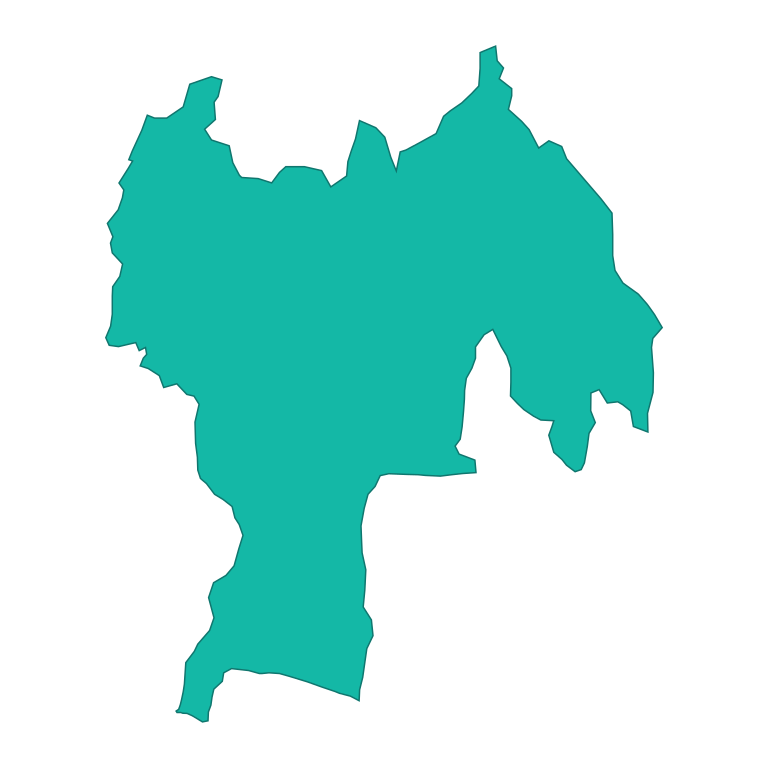 the district of Sotira Lemesou, Cyprus
{"feature_id": "46923920B57193585231981", "entity_name": "Sotira Lemesou", "entity_type": "district", "adm_level": 2, "iso_a3": "CYP", "parent_name": "Cyprus", "parent_adm1": "", "projection": "equal_earth", "projection_center": [32.841, 34.698], "detail": "fine", "context": "isolated", "style": "filled", "palette": "teal", "viewbox_px": 768, "rotation_deg": 0, "n_neighbors": 0, "source": "geoboundaries", "source_scale": "gbopen_adm2", "svg_char_len": 2996}
<svg xmlns="http://www.w3.org/2000/svg" viewBox="0 0 768 768"><path d="M176.1,711.1L177.0,712.5L179.9,712.5L180.8,712.5L182.7,713.2L187.1,713.4L192.2,715.7L202.5,721.9L208.0,720.8L208.4,712.0L210.9,705.1L212.0,697.2L213.8,689.2L222.3,681.3L223.7,672.8L231.5,668.6L248.6,670.5L259.3,673.5L262.1,673.5L269.0,672.8L279.5,673.5L289.0,676.2L307.3,681.8L322.1,687.1L335.1,691.5L339.5,693.3L350.3,696.1L359.1,700.7L359.3,697.0L359.6,689.8L362.7,677.4L366.8,648.6L373.0,635.7L371.4,619.9L363.2,607.0L364.8,590.1L365.8,569.8L362.1,552.8L361.6,541.5L361.0,525.9L364.2,508.3L368.0,494.3L375.1,486.4L380.2,475.6L388.8,473.7L406.9,474.4L418.3,474.7L425.4,475.4L440.4,476.1L451.7,474.7L462.7,473.5L476.0,472.6L474.9,460.1L459.1,454.1L455.1,446.1L460.2,439.2L462.1,426.9L463.5,411.7L464.4,399.3L464.6,390.5L466.3,378.3L471.9,368.2L475.5,358.2L475.5,346.9L484.1,334.7L492.8,329.4L501.2,346.5L506.9,355.9L510.9,368.2L510.9,382.2L510.5,396.0L517.4,403.4L523.9,409.6L533.8,416.3L540.8,420.0L553.8,420.7L552.1,426.2L548.8,435.2L553.8,452.3L562.0,459.5L566.5,465.2L575.1,471.7L581.2,469.6L584.4,462.9L587.3,446.5L589.0,433.4L595.3,422.6L590.7,410.8L590.9,393.0L599.1,389.6L602.2,394.7L607.3,403.0L617.8,401.8L622.3,404.4L622.9,404.8L630.7,411.0L633.4,426.5L646.8,431.6L647.9,432.0L647.5,413.3L653.0,392.4L653.4,372.8L651.5,347.4L652.8,338.4L662.2,327.6L654.6,314.7L649.6,307.6L647.2,304.3L638.4,294.2L625.8,285.1L622.9,283.0L615.0,270.4L612.7,255.6L612.7,234.4L612.0,213.1L601.2,199.1L585.4,180.7L566.6,158.8L561.7,146.5L548.9,140.8L538.7,148.0L529.1,129.6L521.6,121.3L508.4,109.4L509.7,104.0L511.7,95.8L511.7,88.6L499.2,78.8L503.5,68.0L497.2,60.8L495.6,46.1L483.8,51.0L480.1,52.6L480.1,68.4L478.8,86.0L471.6,93.6L461.7,103.0L450.2,110.9L443.6,116.3L436.1,133.6L419.3,142.9L405.8,150.1L400.2,151.9L396.3,171.0L390.7,157.0L384.8,137.2L375.9,127.8L359.5,120.6L355.5,139.0L351.2,151.2L347.9,161.6L346.6,176.0L330.8,186.9L321.6,170.6L304.5,166.7L285.8,166.7L279.5,172.4L271.7,182.9L258.2,178.6L241.7,177.5L239.4,175.3L232.8,162.7L229.2,145.8L211.5,140.0L204.6,129.2L215.4,119.5L214.1,102.2L218.1,96.5L222.0,79.9L219.0,79.0L211.5,76.7L189.8,84.2L183.2,106.9L166.7,118.1L154.6,118.1L147.3,115.2L141.8,130.3L132.2,151.2L128.8,159.7L132.6,161.0L128.3,168.3L119.0,183.0L123.8,189.9L122.4,197.8L118.2,209.8L107.4,223.4L112.9,236.7L110.5,243.1L112.3,252.9L122.6,264.0L119.8,276.4L112.7,286.7L112.3,296.0L112.3,314.2L110.6,326.2L105.8,337.7L109.2,345.3L118.5,346.6L130.9,343.7L135.8,342.6L139.2,350.6L145.5,347.5L146.7,354.4L143.3,358.2L140.2,365.9L148.2,368.5L159.3,375.6L163.7,387.5L176.8,383.8L186.8,394.4L194.0,396.1L199.1,404.3L195.0,422.1L195.6,443.4L197.4,457.2L197.8,470.1L200.5,478.5L206.5,483.6L214.6,494.3L223.0,499.4L232.1,506.5L234.9,517.8L239.2,524.5L243.0,535.4L238.8,548.9L234.1,565.8L226.0,575.4L213.6,582.7L208.6,597.6L214.0,617.8L209.6,630.5L197.8,644.1L194.3,651.4L185.8,662.6L184.4,684.1L183.2,691.9L181.6,699.5L180.3,704.8L178.7,709.3L176.1,711.1Z" fill="#14b8a6" stroke="#0f766e" stroke-width="1.5"/></svg>